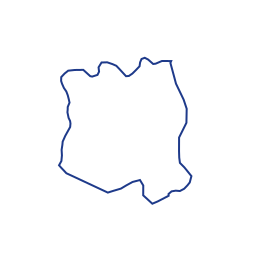 outline of Yangsan-si, South Gyeongsang, South Korea, rotated 49°
{"feature_id": "91817680B11624916188823", "entity_name": "Yangsan-si", "entity_type": "district", "adm_level": 2, "iso_a3": "KOR", "parent_name": "South Korea", "parent_adm1": "South Gyeongsang", "projection": "robinson", "projection_center": [129.018, 35.401], "detail": "fine", "context": "isolated", "style": "outline", "palette": "blue", "viewbox_px": 256, "rotation_deg": 49, "n_neighbors": 0, "source": "geoboundaries", "source_scale": "gbopen_adm2", "svg_char_len": 1127}
<svg xmlns="http://www.w3.org/2000/svg" viewBox="0 0 256 256"><g transform="rotate(49 128 128)"><path d="M105.8,51.5L99.7,58.4L97.6,64.9L96.2,67.0L89.5,67.9L86.0,69.3L84.8,72.5L86.4,75.8L89.0,78.8L89.5,84.2L89.8,89.0L89.3,93.2L87.6,95.5L77.6,95.8L73.4,96.0L69.6,97.8L64.8,100.6L61.2,105.0L62.9,110.4L66.5,112.9L67.9,116.2L65.7,121.3L64.1,122.5L54.8,123.6L49.3,130.1L45.8,135.1L45.5,135.5L45.3,140.1L45.8,145.0L48.6,147.6L51.2,148.7L55.7,150.1L60.0,150.6L63.8,152.0L67.4,153.8L70.5,155.5L72.6,159.7L74.8,161.7L76.4,163.4L81.4,166.2L84.7,167.1L86.9,168.5L89.3,171.0L92.8,180.6L94.3,183.8L95.4,186.2L97.6,188.5L100.9,192.4L103.1,194.1L105.4,195.9L109.2,199.9L110.9,204.5L113.5,204.5L121.7,204.2L127.5,201.6L163.5,185.6L165.8,180.3L169.1,173.1L170.2,166.9L171.7,160.0L175.1,153.1L181.4,154.2L188.8,160.7L201.1,159.3L202.9,153.8L205.8,141.8L204.4,140.7L204.4,136.7L206.6,133.1L209.6,130.2L210.7,125.5L210.3,120.8L209.6,117.1L205.9,111.7L194.7,111.3L188.4,111.7L184.0,108.8L179.1,104.8L168.7,95.7L162.4,80.5L152.0,71.1L143.1,67.4L126.0,62.7L120.1,59.8L106.7,53.3L105.8,51.5Z" fill="none" stroke="#1e3a8a" stroke-width="2"/></g></svg>